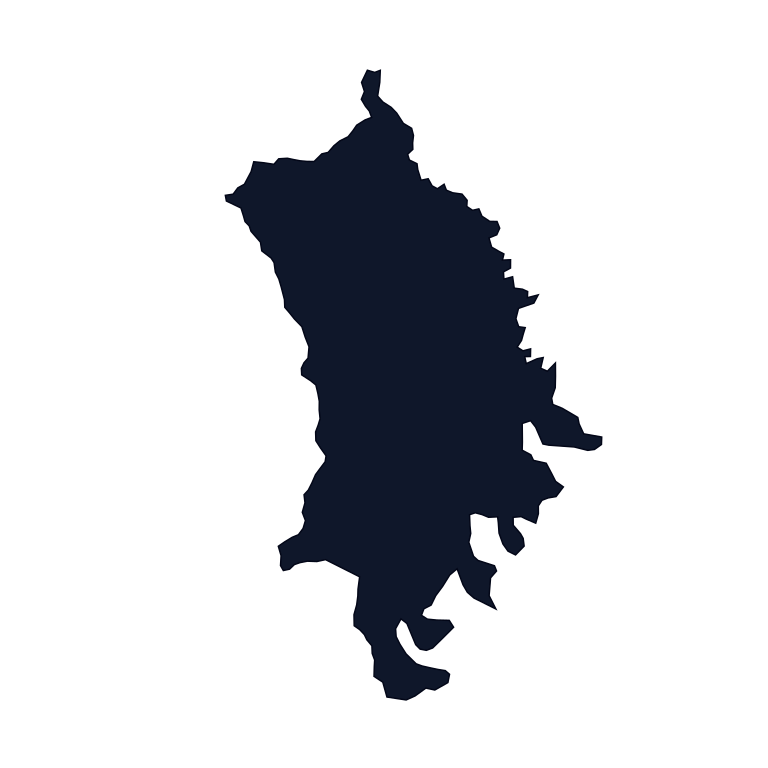 Ampére, Paraná, Brazil, rotated 221°
{"feature_id": "56859067B71285319126532", "entity_name": "Ampére", "entity_type": "district", "adm_level": 2, "iso_a3": "BRA", "parent_name": "Brazil", "parent_adm1": "Paraná", "projection": "mercator", "projection_center": [-53.495, -25.908], "detail": "fine", "context": "isolated", "style": "filled", "palette": "ink", "viewbox_px": 768, "rotation_deg": 221, "n_neighbors": 0, "source": "geoboundaries", "source_scale": "gbopen_adm2", "svg_char_len": 3363}
<svg xmlns="http://www.w3.org/2000/svg" viewBox="0 0 768 768"><g transform="rotate(221 384 384)"><path d="M199.7,156.8L189.3,158.2L176.4,149.7L160.0,160.1L155.9,169.0L152.9,182.0L144.9,186.4L139.9,200.6L144.1,207.9L149.7,207.9L156.1,203.9L163.1,200.0L170.2,196.2L176.2,193.9L190.3,194.8L201.4,198.1L209.1,201.3L214.7,206.9L217.1,217.9L209.6,218.3L189.1,208.1L182.8,207.6L177.3,210.8L174.1,216.7L173.0,230.4L171.9,246.1L179.7,248.4L189.1,240.6L197.0,235.0L204.0,234.0L206.4,240.5L203.4,248.1L206.1,258.2L207.0,269.7L209.1,283.0L207.6,292.5L192.6,284.3L184.4,281.5L175.6,281.5L152.0,287.6L165.8,293.2L176.4,307.6L176.4,316.7L181.4,319.3L197.3,312.5L203.4,312.7L216.2,320.2L220.5,328.1L226.1,333.4L233.7,341.5L230.6,346.7L224.3,349.8L217.7,352.0L211.1,358.3L206.8,354.4L199.3,346.9L189.3,341.3L180.7,339.2L172.6,341.3L171.9,353.6L177.7,358.8L182.8,360.6L193.8,362.2L199.1,368.1L193.5,373.9L188.2,375.3L178.2,378.5L182.4,387.4L187.6,393.3L188.5,399.9L185.4,405.7L180.3,411.9L181.1,424.0L190.6,423.1L198.5,426.3L209.6,430.6L221.1,424.4L226.7,426.9L236.3,424.7L241.4,430.9L253.8,444.9L249.3,452.5L241.2,450.9L224.7,443.0L219.6,445.9L199.1,461.3L186.7,467.6L182.2,472.7L180.2,481.0L184.9,486.8L200.6,477.4L210.6,481.9L215.8,485.9L233.5,482.6L243.2,479.3L248.2,483.3L252.3,493.5L259.6,502.3L268.4,512.3L269.1,500.8L276.1,498.7L281.2,508.4L285.0,503.5L290.0,492.7L295.8,497.0L291.5,500.8L296.4,506.7L300.9,500.2L307.7,499.2L308.8,507.1L311.7,513.1L314.4,519.2L319.9,515.6L327.3,519.8L332.1,529.3L324.0,543.4L326.1,552.4L332.4,543.2L336.2,548.0L341.7,546.4L348.6,541.8L357.3,549.3L362.3,541.8L367.4,547.0L364.6,554.5L370.0,560.8L375.9,555.2L378.8,560.8L384.3,559.5L392.6,557.9L400.6,563.1L396.8,570.6L398.9,577.5L405.3,580.8L410.9,576.1L420.2,574.9L427.3,578.4L431.1,573.2L438.0,572.3L441.8,577.2L449.7,578.5L457.7,573.3L464.1,571.2L469.7,574.2L471.8,566.4L477.7,565.1L485.3,567.9L489.7,562.1L499.1,567.9L503.6,571.9L511.8,569.7L516.9,572.9L516.2,580.0L520.6,584.8L524.8,590.9L530.9,595.1L540.4,593.4L552.2,596.8L560.1,597.5L569.8,596.1L577.7,597.1L585.1,608.9L592.6,618.3L595.4,613.1L602.4,609.9L598.8,596.9L590.6,591.9L587.9,584.0L580.0,581.4L574.2,580.4L568.2,577.1L571.5,571.0L574.4,561.4L573.6,554.5L573.3,547.0L576.8,538.6L578.1,531.1L578.1,522.1L581.9,516.9L582.7,506.1L588.1,501.5L593.6,497.5L599.4,494.1L605.0,491.0L611.2,484.9L611.2,477.6L620.0,472.0L628.1,466.3L623.6,457.1L620.4,443.2L623.0,436.1L622.4,428.3L627.5,422.3L623.0,418.7L607.4,423.0L600.1,418.5L595.4,415.4L589.5,414.9L584.5,412.0L577.4,411.0L570.3,410.0L563.6,404.3L551.8,405.0L546.6,403.5L539.4,397.2L532.3,394.3L525.1,389.7L514.5,382.4L509.2,376.8L501.8,375.7L494.2,374.3L483.6,373.4L474.4,367.8L465.0,362.9L458.3,353.7L458.3,347.5L456.6,341.6L452.1,336.9L442.1,338.3L434.8,338.6L427.7,333.5L421.5,328.5L415.9,321.9L409.4,315.8L406.7,309.8L404.2,303.0L398.2,296.5L390.1,294.1L380.6,291.8L377.4,286.7L376.8,278.2L376.2,270.7L373.5,262.1L371.5,254.2L371.7,248.0L365.7,242.5L361.5,233.6L353.7,229.4L350.3,221.9L349.7,214.1L352.7,208.1L355.3,200.0L357.3,192.2L349.0,186.9L343.0,179.1L337.6,177.2L333.8,182.3L333.2,188.9L330.2,194.1L325.6,200.0L318.2,206.0L312.9,213.1L275.9,222.5L269.0,212.1L264.7,206.9L259.7,199.4L255.3,190.2L247.9,182.0L241.2,182.7L234.4,182.0L229.1,179.7L221.4,178.5L216.1,172.9L210.0,169.6L205.9,164.3L199.7,156.8Z" fill="#0f172a" stroke="#020617" stroke-width="1.5"/></g></svg>